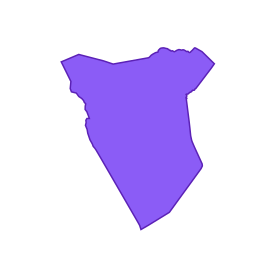 the district of Azacualpa, Santa Bárbara, Honduras, rotated 285°
{"feature_id": "27666195B45825573496458", "entity_name": "Azacualpa", "entity_type": "district", "adm_level": 2, "iso_a3": "HND", "parent_name": "Honduras", "parent_adm1": "Santa Bárbara", "projection": "albers", "projection_center": [-88.529, 15.379], "detail": "fine", "context": "isolated", "style": "filled", "palette": "violet", "viewbox_px": 256, "rotation_deg": 285, "n_neighbors": 0, "source": "geoboundaries", "source_scale": "gbopen_adm2", "svg_char_len": 2926}
<svg xmlns="http://www.w3.org/2000/svg" viewBox="0 0 256 256"><g transform="rotate(285 128 128)"><path d="M33.3,166.8L39.1,172.6L57.3,189.8L71.2,195.1L91.2,202.8L107.7,209.1L110.4,209.6L110.7,209.6L112.5,208.9L126.9,197.0L131.1,193.7L132.7,192.6L136.6,190.6L143.9,187.8L150.5,185.2L171.1,176.8L171.3,176.9L171.3,177.0L171.5,177.1L171.8,177.2L172.0,177.1L172.0,176.9L172.0,176.7L172.1,176.4L172.3,176.3L172.3,176.2L172.5,176.2L172.8,176.2L172.9,176.3L173.0,176.3L173.3,176.4L173.5,176.4L173.6,176.5L173.8,176.5L174.0,176.5L174.1,176.4L174.3,176.4L174.5,176.4L174.6,176.2L174.8,176.1L175.0,175.9L175.1,175.7L175.3,175.5L175.4,175.4L175.5,175.4L175.6,175.5L175.8,175.7L175.8,175.8L175.9,176.0L176.0,176.3L176.1,176.6L176.2,176.8L176.3,177.0L176.5,177.3L176.8,177.5L177.0,177.7L177.3,177.8L177.5,177.9L177.7,178.0L177.8,178.0L178.0,178.2L178.1,178.3L178.3,178.4L178.3,178.5L178.5,178.7L178.5,178.8L178.8,179.1L179.0,179.3L179.1,179.5L179.3,179.6L179.4,179.8L179.5,179.9L179.6,180.0L179.8,180.1L180.0,180.1L180.3,180.3L180.5,180.3L180.8,180.3L181.0,180.4L181.1,180.5L181.2,180.8L181.3,181.0L181.3,181.3L181.4,181.5L181.5,181.7L181.5,181.8L181.6,182.0L181.8,182.2L181.8,182.3L182.0,182.4L182.2,182.5L182.3,182.5L182.5,182.5L182.8,182.6L183.0,182.6L183.2,182.8L183.3,182.8L183.5,182.9L183.5,183.0L183.7,183.3L207.7,193.1L212.4,194.8L220.9,179.7L222.7,172.6L222.7,171.8L222.4,171.4L221.8,171.1L220.3,170.3L219.5,169.9L218.7,169.3L217.7,168.8L217.2,168.5L216.8,167.9L216.8,167.5L217.0,166.9L217.4,166.4L217.6,166.0L217.2,165.3L217.0,164.7L217.3,164.0L217.8,162.2L217.9,161.6L217.7,160.7L217.1,159.6L217.0,159.1L217.1,158.3L217.0,157.3L216.9,156.8L216.5,156.2L215.8,155.2L214.9,154.3L214.2,153.7L213.8,153.2L213.7,152.7L213.8,152.0L214.0,151.5L214.1,150.9L213.9,150.6L213.6,150.1L213.5,149.6L213.8,149.3L214.0,149.0L213.8,148.4L213.8,147.9L214.1,147.5L214.5,147.0L214.5,146.1L214.8,145.6L214.8,144.9L214.7,144.3L214.7,143.4L214.7,142.2L214.5,141.2L214.1,140.2L213.7,139.2L213.0,138.4L212.2,138.0L211.2,137.4L210.6,137.2L209.7,137.3L209.1,137.3L208.7,136.6L208.5,136.1L207.7,134.8L207.6,134.7L207.4,134.6L207.2,134.4L207.0,134.2L206.8,134.0L206.6,133.7L206.4,133.6L206.3,133.4L206.2,133.3L206.1,133.2L205.9,133.0L205.8,132.9L205.7,132.8L205.6,132.7L205.4,132.5L205.2,132.4L205.0,132.2L204.8,132.0L204.7,131.9L204.4,131.7L204.2,131.5L203.9,131.4L203.7,131.3L203.4,131.1L203.2,131.0L203.0,130.9L202.0,130.4L201.8,130.2L201.5,130.0L201.4,129.9L201.3,129.7L201.2,129.6L201.0,129.3L185.9,97.1L186.5,87.3L186.3,61.4L174.6,46.4L158.2,60.8L151.1,62.0L148.3,64.0L148.3,66.8L148.4,68.7L148.0,69.5L145.7,72.3L144.5,75.7L143.0,78.0L141.4,79.2L140.5,80.8L139.2,81.0L138.1,81.0L134.8,81.8L133.0,84.1L129.8,86.4L127.2,88.2L126.6,85.9L124.6,85.3L122.2,86.2L119.6,86.2L116.0,88.9L112.5,90.5L106.8,94.3L103.3,97.7L101.3,99.1L99.8,101.3L98.4,102.9L92.9,108.5L39.4,162.1L36.9,164.5L33.3,166.8Z" fill="#8b5cf6" stroke="#5b21b6" stroke-width="1.5"/></g></svg>